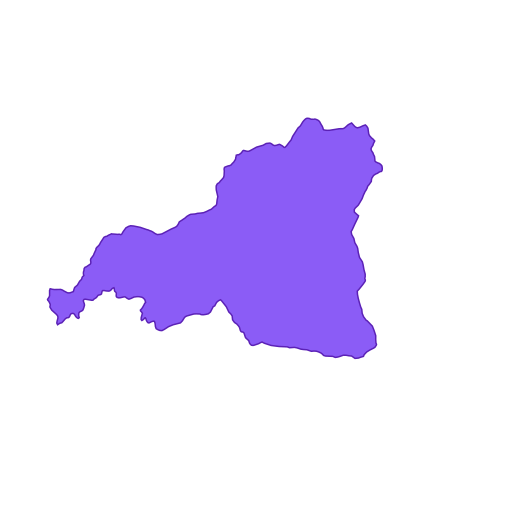 Jangchhubling, Samdrup Jongkhar, Bhutan (orthographic projection), rotated 35°
{"feature_id": "84629894B32677413197834", "entity_name": "Jangchhubling", "entity_type": "district", "adm_level": 2, "iso_a3": "BTN", "parent_name": "Bhutan", "parent_adm1": "Samdrup Jongkhar", "projection": "orthographic", "projection_center": [91.465, 26.935], "detail": "fine", "context": "isolated", "style": "filled", "palette": "violet", "viewbox_px": 512, "rotation_deg": 35, "n_neighbors": 0, "source": "geoboundaries", "source_scale": "gbopen_adm2", "svg_char_len": 6148}
<svg xmlns="http://www.w3.org/2000/svg" viewBox="0 0 512 512"><g transform="rotate(35 256 256)"><path d="M131.3,425.2L132.9,426.1L133.7,424.0L134.3,423.1L135.2,422.1L135.5,420.1L135.8,416.9L136.4,415.2L137.5,414.3L137.9,413.6L138.0,412.5L137.6,410.8L137.6,409.5L138.4,408.4L139.5,407.8L140.8,407.9L142.7,408.8L144.1,409.2L145.7,409.2L146.4,408.9L146.5,407.8L145.1,406.7L143.6,404.4L143.6,403.1L144.3,401.7L144.8,401.0L145.2,399.5L144.7,397.4L143.7,394.6L142.7,393.6L140.6,392.1L140.0,391.3L140.1,390.1L140.9,389.3L145.5,387.1L147.0,386.4L147.8,385.7L148.0,384.3L149.1,381.6L149.2,378.7L150.9,376.7L151.2,375.7L150.1,373.1L150.3,372.2L151.6,371.3L153.2,370.6L155.4,369.3L156.2,368.5L156.8,366.6L156.9,364.9L157.3,364.4L157.8,363.5L158.5,363.9L159.6,365.2L160.5,365.9L162.1,366.1L163.1,366.8L164.1,368.5L164.9,369.4L166.0,369.6L167.6,369.0L168.9,367.9L171.5,365.0L172.6,364.5L174.3,364.6L176.3,364.4L176.8,364.1L178.0,362.4L179.6,359.6L181.9,357.5L183.7,356.3L186.2,355.2L187.8,355.1L189.9,355.5L192.2,357.3L192.0,358.7L192.3,360.3L192.6,363.4L192.6,364.9L192.3,366.6L192.9,367.2L194.4,367.5L195.8,368.1L197.3,372.3L198.4,374.0L199.5,374.3L200.1,372.9L200.3,371.9L200.4,370.5L200.9,370.1L201.9,370.6L203.1,371.6L204.5,372.3L206.0,372.6L206.9,372.0L208.3,369.4L209.5,368.1L210.3,367.8L212.0,369.1L214.1,371.5L215.9,372.8L217.4,372.7L219.5,372.3L220.9,371.6L221.8,371.0L223.0,368.7L224.9,364.0L227.6,359.8L232.5,354.1L232.9,351.3L232.7,347.5L233.0,346.1L233.8,344.7L238.3,339.2L240.2,337.7L243.3,335.7L244.7,335.5L246.6,334.3L248.4,332.6L250.1,330.7L250.8,328.0L250.0,322.1L250.8,320.5L250.4,317.4L250.4,316.2L251.0,314.0L252.1,312.2L253.8,312.5L260.8,314.6L265.9,317.5L268.5,317.9L270.8,318.7L273.4,321.7L275.9,322.6L277.1,322.8L279.3,322.7L279.9,322.9L281.4,323.2L283.3,323.9L285.8,325.9L286.6,326.3L287.5,326.5L288.7,325.9L289.6,325.8L290.4,326.0L293.8,328.6L294.7,329.0L298.6,329.5L300.6,331.0L301.2,331.3L302.3,331.6L303.4,331.7L304.8,331.0L305.5,330.3L308.4,326.4L309.5,324.2L310.3,323.0L312.8,322.7L319.7,320.6L326.8,316.9L333.7,312.5L336.1,311.9L339.9,308.8L342.4,307.7L346.1,306.6L348.3,305.5L351.5,303.6L356.0,302.3L358.0,300.6L360.0,299.4L362.1,298.7L364.8,298.2L366.8,298.3L368.3,298.7L370.3,298.1L376.4,294.2L379.1,293.6L380.9,291.9L382.6,289.8L384.4,287.2L386.8,285.6L389.2,284.5L391.7,283.1L395.8,283.1L398.5,280.8L399.7,279.0L401.6,276.6L401.2,274.8L401.7,271.2L403.2,267.7L405.3,263.8L405.8,262.4L405.7,260.3L405.6,259.6L405.2,259.1L404.1,258.4L402.0,255.8L399.8,252.6L395.3,249.2L391.5,246.7L384.2,245.3L383.3,245.5L379.0,244.1L375.9,242.1L373.2,239.0L371.0,237.7L367.8,235.2L364.0,232.0L361.1,229.2L359.1,226.7L359.5,223.9L359.9,217.6L359.9,214.2L359.4,213.0L358.0,212.0L357.3,210.3L355.8,208.2L352.3,205.3L348.7,201.7L346.5,199.8L341.6,197.8L337.8,194.5L334.9,191.4L333.2,190.2L329.3,188.4L326.1,185.5L322.0,183.5L319.9,181.4L319.8,179.5L318.6,173.1L317.4,165.7L316.9,164.2L315.2,164.1L311.4,163.6L309.9,161.7L309.8,159.8L310.5,156.3L310.6,155.4L310.1,148.7L310.0,148.0L309.1,144.6L308.4,140.6L308.4,138.9L308.0,136.3L307.6,135.4L307.5,134.0L307.7,132.9L307.7,128.8L306.7,127.1L306.2,125.7L306.1,122.6L307.0,120.2L308.0,118.7L308.3,118.0L308.5,117.2L309.3,115.7L310.3,114.7L310.1,113.3L309.4,112.1L308.5,111.0L307.5,110.0L305.9,109.5L304.0,109.4L302.2,109.9L300.2,110.2L298.8,109.9L298.1,108.9L296.0,106.5L293.9,105.4L292.6,104.4L291.5,104.0L290.0,103.4L289.2,102.7L288.7,102.1L288.3,100.4L288.3,98.3L287.7,96.5L287.3,93.7L284.7,93.1L282.6,93.0L281.3,92.6L280.2,92.4L279.4,92.0L278.3,91.3L274.4,87.1L272.3,86.2L270.4,85.9L268.9,88.0L267.3,90.8L265.6,92.8L264.7,93.1L263.6,93.3L262.4,93.2L258.0,92.2L256.6,94.8L256.1,96.0L255.4,99.2L255.0,100.5L254.2,101.8L251.2,104.0L244.2,110.8L242.7,111.9L241.2,112.9L239.2,113.8L238.5,113.7L237.2,112.6L235.8,111.7L233.9,110.9L230.9,109.4L229.3,109.2L227.8,109.4L226.6,109.7L225.6,110.1L225.1,110.7L222.8,112.3L221.9,112.6L221.3,112.6L220.3,113.0L219.2,113.6L218.6,114.1L218.0,115.2L217.7,116.5L217.5,118.0L217.4,119.6L217.6,122.1L217.7,124.2L217.0,126.9L217.4,137.0L218.2,140.7L218.0,143.3L217.8,148.3L217.4,150.5L216.7,150.9L214.6,150.7L213.2,150.8L211.3,151.0L210.7,151.6L209.3,153.5L208.0,154.8L206.7,155.3L205.2,155.2L203.3,155.3L202.4,155.7L199.8,158.0L198.3,161.2L194.0,166.5L191.3,172.0L190.2,174.1L189.2,175.0L188.0,175.6L185.3,176.6L184.9,177.3L184.8,180.0L184.1,182.3L183.5,183.2L182.8,183.7L182.0,184.8L182.5,185.6L183.0,187.1L183.7,188.3L183.9,191.3L183.8,192.5L183.5,193.7L183.4,195.6L182.4,197.4L181.7,197.9L179.7,200.8L179.4,201.5L179.6,202.2L180.0,203.1L181.3,204.6L183.7,208.4L184.4,210.3L184.1,213.5L183.8,215.2L183.8,216.5L183.6,217.6L183.1,218.4L182.9,219.4L183.2,221.4L184.2,222.9L185.6,224.7L190.7,229.3L191.9,232.2L193.9,235.8L194.2,236.9L194.2,237.8L193.5,239.3L192.6,243.3L191.5,245.0L189.9,248.0L188.2,250.6L185.8,252.8L183.5,254.7L182.1,256.4L178.6,259.3L177.8,260.6L176.6,263.3L176.1,265.6L173.6,272.0L174.1,274.8L174.0,277.3L173.3,278.9L171.0,282.7L166.3,291.8L164.9,293.3L162.8,295.1L160.4,295.5L157.7,295.5L156.0,295.7L154.3,296.2L152.7,296.5L151.4,297.0L144.8,298.9L138.6,301.6L136.0,303.1L134.7,304.7L133.3,307.5L133.2,312.2L133.3,313.6L133.5,314.5L133.3,315.6L133.0,316.1L132.1,316.3L131.3,316.7L130.5,317.5L127.1,319.5L125.8,320.3L124.8,320.8L124.3,321.9L123.6,322.9L123.0,324.1L122.5,325.4L121.5,326.4L120.7,328.0L120.8,329.9L120.9,333.9L121.2,336.0L121.2,337.5L120.6,340.5L120.7,341.8L121.2,342.5L122.0,347.0L122.4,348.4L122.4,349.0L122.3,353.1L122.8,354.3L124.1,355.6L124.7,356.5L124.9,357.3L124.8,358.2L124.5,358.7L123.2,362.2L122.5,363.1L122.4,363.9L122.4,364.5L122.5,365.1L123.3,366.4L123.9,368.2L124.9,369.7L126.2,370.8L125.8,372.3L125.8,373.2L126.4,374.8L126.4,375.6L126.0,377.8L126.4,382.3L125.5,385.8L125.9,387.3L126.8,389.9L124.8,392.8L123.7,393.7L122.6,394.3L118.8,394.8L117.0,394.9L115.2,395.4L110.1,399.1L107.8,400.3L106.8,400.6L106.2,400.9L106.7,402.7L109.6,406.8L110.0,407.9L110.1,409.5L110.1,411.1L110.9,411.7L112.1,411.9L114.0,412.9L115.1,413.6L115.6,414.2L116.2,415.6L116.6,416.1L119.7,417.5L126.2,418.3L128.0,418.9L128.9,419.8L129.5,420.8L129.8,421.7L130.5,423.6L131.3,425.2Z" fill="#8b5cf6" stroke="#5b21b6" stroke-width="1.5"/></g></svg>